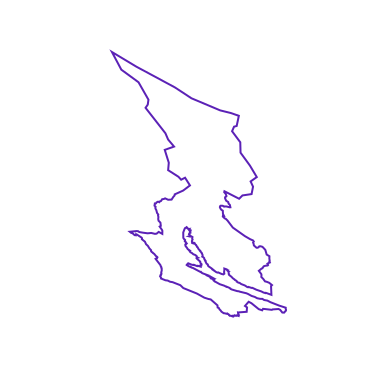 Nesset nor, Møre og Romsdal, Norway (Natural Earth projection), rotated 213°
{"feature_id": "86288312B48311014337711", "entity_name": "Nesset nor", "entity_type": "district", "adm_level": 2, "iso_a3": "NOR", "parent_name": "Norway", "parent_adm1": "Møre og Romsdal", "projection": "natural_earth1", "projection_center": [7.966, 62.59], "detail": "fine", "context": "isolated", "style": "outline", "palette": "violet", "viewbox_px": 384, "rotation_deg": 213, "n_neighbors": 0, "source": "geoboundaries", "source_scale": "gbopen_adm2", "svg_char_len": 5997}
<svg xmlns="http://www.w3.org/2000/svg" viewBox="0 0 384 384"><g transform="rotate(213 192 192)"><path d="M222.5,124.8L220.8,124.6L219.3,125.0L216.8,124.6L216.2,124.7L215.9,125.3L215.6,125.3L215.8,125.9L215.5,125.8L215.5,126.0L215.2,126.3L209.5,126.3L208.7,126.0L208.3,125.1L204.4,124.7L202.1,123.2L199.7,122.8L197.0,121.5L194.6,120.9L194.2,120.2L193.3,119.8L191.9,119.8L191.7,119.6L189.9,119.5L187.5,118.7L186.0,118.6L185.8,118.4L185.8,118.1L185.4,118.2L185.3,117.4L186.1,116.1L178.7,113.5L177.9,112.8L177.2,112.6L176.5,112.0L176.5,111.7L175.8,111.4L174.6,109.6L174.1,108.0L173.6,107.1L173.3,107.1L172.9,106.2L173.2,105.3L173.1,104.9L172.7,104.8L172.8,103.9L171.0,103.1L170.8,102.6L166.2,103.5L164.1,104.5L161.5,104.8L159.2,105.8L151.0,107.5L147.0,106.7L132.6,109.5L124.1,110.1L120.0,111.2L117.8,112.1L108.9,110.8L107.6,109.1L106.2,109.3L104.9,108.5L103.6,108.3L102.2,107.7L99.4,107.6L99.0,107.9L96.2,108.9L96.2,109.3L94.4,109.3L94.1,109.2L93.9,108.9L92.8,108.8L92.5,109.2L89.6,109.9L89.5,110.1L90.2,110.6L88.9,111.6L88.9,111.9L87.6,112.1L87.4,112.8L85.4,113.4L85.7,113.9L85.6,114.3L86.8,114.8L87.7,115.9L87.1,116.0L87.1,116.6L80.9,121.3L83.0,125.2L85.5,125.3L84.7,130.8L81.6,131.1L72.2,130.1L68.7,131.0L68.8,132.7L60.8,136.7L60.5,137.4L55.7,141.0L53.9,141.2L50.6,140.1L49.2,140.9L49.0,141.1L49.1,141.5L48.9,141.9L48.8,143.2L48.6,143.6L48.9,144.3L50.0,145.3L50.4,146.0L57.0,144.2L66.3,142.3L69.6,142.0L72.7,140.7L74.8,140.7L76.7,139.5L79.5,138.4L82.2,138.2L85.4,137.3L89.5,137.0L91.2,136.7L98.0,134.3L98.5,134.3L100.1,133.5L105.6,131.9L106.9,131.7L107.2,132.0L109.0,131.9L111.6,131.4L111.6,131.2L113.9,131.0L118.5,129.8L124.5,129.4L125.9,129.6L126.0,129.9L125.6,129.8L125.8,130.1L125.7,130.4L128.7,130.1L128.7,129.9L129.2,129.8L129.8,130.1L129.0,130.3L128.7,130.6L128.0,130.6L127.8,131.1L127.5,131.3L130.2,131.1L130.1,130.8L130.8,130.8L131.0,130.6L134.4,130.1L134.5,130.4L134.3,130.6L139.3,129.5L140.7,129.8L140.7,129.6L149.8,128.8L151.1,128.4L152.1,128.5L152.1,128.3L154.5,127.9L156.6,127.9L156.6,128.4L156.3,128.4L156.6,128.5L156.4,128.9L156.5,129.6L156.1,129.7L156.1,130.2L152.9,130.8L151.3,131.4L150.7,131.7L150.7,132.0L147.9,132.5L146.9,132.9L146.9,133.3L144.4,134.0L145.1,134.5L145.1,135.0L144.1,135.4L144.3,136.0L144.0,136.0L144.6,136.3L144.6,136.6L144.9,136.8L146.1,137.0L146.9,137.5L147.2,138.1L151.4,138.7L151.7,139.1L152.1,139.1L152.0,139.6L151.5,140.1L152.7,140.0L152.9,140.2L152.6,140.2L152.9,140.6L153.5,140.9L155.3,140.9L156.9,140.5L159.2,140.8L160.5,140.6L161.6,141.0L161.7,141.5L162.0,141.5L161.9,141.7L164.6,141.8L166.1,142.6L167.7,143.0L168.9,144.0L169.0,144.5L169.0,144.8L168.8,145.1L168.8,145.4L168.5,145.4L168.4,146.0L169.5,146.2L169.8,146.6L171.1,146.7L171.4,147.5L171.6,147.4L172.0,148.1L173.3,148.3L174.3,148.8L177.3,153.3L178.1,156.9L178.1,158.2L177.6,158.7L177.4,159.6L176.6,159.5L176.6,159.3L176.2,159.0L174.8,159.0L174.1,159.6L174.1,159.0L172.9,159.1L173.0,158.9L172.3,158.9L172.3,158.7L171.4,159.0L172.1,158.5L173.8,158.8L174.5,158.6L173.6,158.5L171.4,157.4L171.2,157.0L171.7,156.8L171.6,156.5L171.7,155.6L171.5,154.9L170.7,154.9L170.2,154.5L170.0,153.7L170.4,153.2L169.2,153.6L168.8,154.4L167.1,154.5L166.4,152.9L165.6,152.4L165.6,151.6L165.3,150.7L164.5,149.9L164.2,149.9L164.2,149.6L163.7,149.6L163.7,149.4L162.8,149.6L162.7,150.5L162.0,150.6L160.9,149.9L159.7,149.8L159.5,149.5L158.5,149.2L157.9,148.7L157.4,148.8L155.2,147.6L153.1,147.2L153.1,146.9L150.6,146.2L150.3,146.0L150.3,145.8L149.3,145.3L148.7,144.8L148.3,144.1L148.2,143.4L147.0,143.5L145.8,143.2L145.2,142.5L143.5,141.8L143.7,141.6L140.9,139.9L139.3,139.8L139.2,139.5L137.9,138.7L133.9,138.6L131.3,138.3L131.5,138.1L127.9,138.0L126.7,138.3L126.3,138.8L122.5,139.4L120.8,140.0L120.4,141.1L121.5,142.3L122.3,144.1L123.2,145.4L120.8,146.0L120.3,146.0L119.9,145.6L119.4,145.8L119.4,145.4L118.5,145.4L118.7,145.2L117.8,144.9L116.5,143.2L116.1,143.2L115.8,142.7L115.3,142.6L112.8,142.4L110.8,141.9L108.6,141.8L108.3,141.6L106.5,141.7L105.3,141.4L105.3,141.2L103.8,141.2L102.6,141.7L100.6,141.6L96.8,142.4L93.7,142.4L92.8,142.9L92.8,143.2L89.8,144.0L89.2,144.5L84.8,145.1L79.6,146.4L77.4,146.6L75.4,147.2L75.4,147.5L75.0,147.7L69.4,149.0L74.5,156.2L74.2,157.5L77.8,157.9L80.4,157.4L82.1,156.8L84.9,157.9L87.6,158.5L88.5,160.2L89.2,160.9L93.0,162.3L91.9,165.8L91.4,166.3L91.4,168.7L90.4,170.0L88.6,171.5L88.4,171.9L88.4,172.2L89.7,172.9L89.2,174.0L88.3,175.3L89.4,176.0L89.3,176.5L90.8,178.2L92.1,180.3L95.3,180.2L99.0,183.4L102.6,184.3L103.5,184.3L105.4,183.6L106.0,183.0L106.1,181.8L106.7,181.0L107.1,180.6L107.7,180.4L111.0,180.9L112.2,182.2L113.2,182.8L113.2,184.1L114.4,184.6L117.6,184.1L123.6,183.8L138.4,184.4L146.7,187.4L149.1,187.9L150.2,187.7L152.8,188.2L153.1,188.9L152.2,189.4L154.1,190.5L156.0,193.1L157.8,193.1L159.1,193.6L160.4,194.5L160.7,195.4L160.5,196.1L159.3,196.9L158.6,197.2L157.1,197.2L156.9,197.6L155.3,198.6L152.0,199.7L151.5,200.1L153.2,201.8L155.0,202.2L156.2,203.3L158.6,203.3L160.8,204.7L161.4,205.6L160.8,207.1L160.9,207.4L162.8,208.8L164.9,209.4L165.2,210.3L148.8,212.0L147.8,216.6L140.9,222.7L143.7,229.7L148.6,232.8L145.8,239.8L157.8,245.7L172.7,251.4L178.6,260.0L191.5,264.8L192.3,269.7L190.5,271.7L194.2,281.4L202.4,279.4L212.8,275.8L243.5,270.3L263.4,270.4L307.0,266.8L335.4,265.8L317.9,256.1L296.6,254.9L278.8,245.7L276.7,241.2L276.8,237.3L246.3,226.8L240.6,223.0L231.8,220.3L237.8,212.5L227.4,203.9L223.9,197.3L211.7,197.4L207.8,196.4L205.6,200.2L197.3,196.4L200.2,188.4L205.2,180.6L204.7,179.6L205.0,177.7L205.0,174.5L207.8,172.5L211.1,172.0L211.8,170.8L213.1,169.7L213.1,167.6L213.8,166.7L213.9,165.6L215.0,165.5L215.4,165.2L216.1,163.8L216.0,163.2L216.2,162.4L216.9,162.1L216.0,160.1L214.5,159.8L214.1,158.7L213.3,158.0L212.1,157.4L209.9,155.4L208.0,154.7L207.7,153.8L206.6,152.8L205.6,150.9L204.4,149.7L201.8,149.1L199.7,146.6L200.3,145.4L196.6,143.9L195.7,143.3L194.1,140.7L198.2,140.4L199.0,137.8L200.3,136.7L203.8,135.5L206.7,133.2L210.9,131.2L213.7,130.0L214.6,129.7L215.7,129.8L217.0,129.2L222.5,124.8Z" fill="none" stroke="#5b21b6" stroke-width="2"/></g></svg>